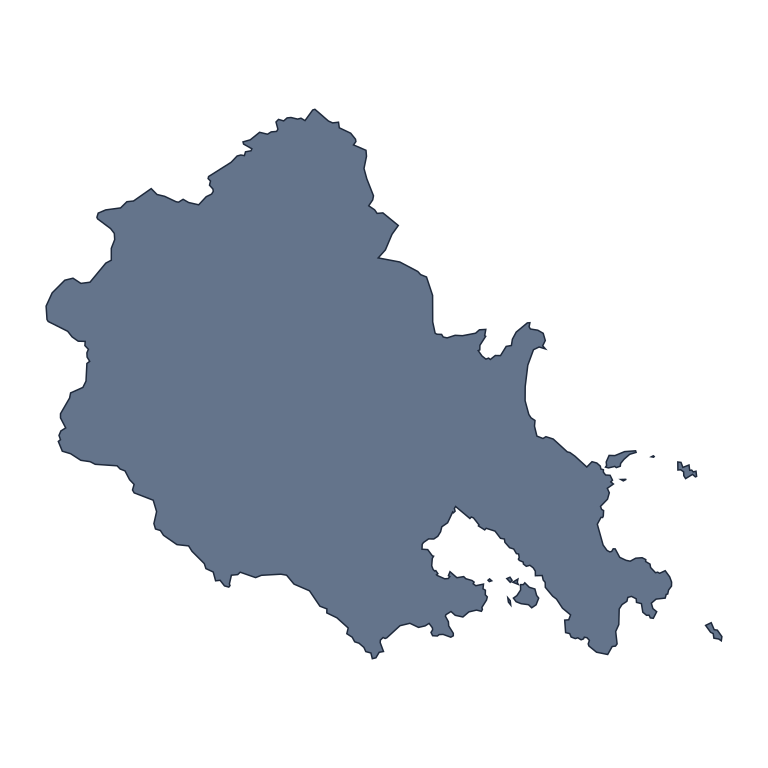 outline of Ninh Hoa, Khánh Hòa, Vietnam
{"feature_id": "81297802B58839501230111", "entity_name": "Ninh Hoa", "entity_type": "district", "adm_level": 2, "iso_a3": "VNM", "parent_name": "Vietnam", "parent_adm1": "Khánh Hòa", "projection": "albers", "projection_center": [109.187, 12.544], "detail": "fine", "context": "isolated", "style": "filled", "palette": "slate", "viewbox_px": 768, "rotation_deg": 0, "n_neighbors": 0, "source": "geoboundaries", "source_scale": "gbopen_adm2", "svg_char_len": 6105}
<svg xmlns="http://www.w3.org/2000/svg" viewBox="0 0 768 768"><path d="M372.3,658.7L375.9,657.8L379.2,652.3L383.5,651.5L380.2,642.6L380.4,640.1L383.1,637.5L385.1,638.5L386.8,637.8L400.0,625.7L409.9,623.3L418.5,627.4L425.1,625.9L429.1,623.4L432.4,627.8L432.6,629.9L431.0,632.4L432.6,635.7L437.4,636.0L439.1,634.6L443.1,634.4L450.8,637.2L453.3,635.8L453.3,633.3L448.7,625.9L448.4,621.7L445.4,616.2L445.9,614.7L451.0,611.5L455.2,615.3L462.9,617.0L468.9,611.9L476.5,610.1L481.4,611.3L482.4,609.5L481.9,607.4L486.5,600.1L487.3,596.9L485.3,594.8L485.4,590.2L483.0,588.8L483.5,584.1L475.8,585.7L473.2,583.8L474.1,582.1L472.0,580.5L465.8,578.7L463.7,576.6L456.9,577.7L450.0,571.7L448.4,575.7L449.8,576.6L448.3,578.5L444.7,578.8L437.3,575.5L436.5,574.8L437.9,573.7L435.8,570.6L434.7,571.0L433.1,569.5L431.7,565.8L432.3,558.4L433.6,556.2L432.3,555.8L427.7,549.6L422.0,549.2L422.2,544.3L423.5,542.5L428.6,538.9L433.8,539.0L437.8,536.3L440.6,531.7L441.8,526.8L447.6,522.8L452.7,512.0L453.4,512.8L455.1,511.2L454.4,508.4L455.6,506.5L469.9,518.5L471.3,517.0L473.5,517.9L479.0,524.9L478.4,525.9L484.7,529.9L486.2,528.3L495.0,531.1L500.5,538.3L504.4,539.0L504.9,542.3L509.6,547.7L513.7,549.0L516.4,553.6L518.6,554.0L519.2,557.4L518.4,559.1L519.3,560.4L523.2,562.1L523.4,564.0L526.3,566.3L529.9,565.3L533.2,567.8L535.3,571.1L535.4,575.7L542.2,575.5L543.2,580.0L545.2,582.4L545.3,587.3L552.6,596.1L556.5,599.1L562.5,608.2L570.6,614.9L568.7,619.8L564.7,620.1L565.6,632.6L569.7,633.6L571.1,637.0L575.3,638.6L577.8,637.8L581.1,639.8L583.5,638.9L584.3,637.2L587.0,637.7L589.4,640.4L588.2,643.9L588.9,646.0L596.5,652.2L607.7,654.5L612.2,646.5L615.5,646.1L617.1,643.9L615.7,631.5L618.8,624.6L619.2,609.0L622.0,604.6L626.9,601.3L627.8,597.4L631.5,596.4L636.2,598.8L636.5,602.4L641.4,603.6L642.8,612.2L646.5,615.3L649.1,615.2L650.3,617.9L653.3,618.3L656.7,611.7L652.9,608.6L651.3,603.2L656.1,599.1L665.2,598.1L666.2,594.4L667.7,594.0L668.6,590.0L671.5,586.1L671.6,582.1L669.7,576.9L665.2,570.7L659.6,573.3L657.7,572.2L655.5,572.7L650.6,567.5L650.0,564.1L645.6,561.5L645.8,559.6L642.1,557.7L635.7,558.2L630.2,561.2L626.0,560.3L619.7,557.3L615.2,548.9L613.2,548.8L611.7,551.4L609.8,551.9L607.0,550.4L603.1,545.0L597.3,524.2L601.0,517.4L602.6,517.5L603.3,516.0L603.6,510.6L601.6,509.4L600.5,506.4L607.5,499.2L609.3,492.8L607.3,488.3L613.4,484.0L610.8,481.9L612.5,480.2L610.1,475.3L605.6,475.0L603.4,472.2L603.4,469.7L600.9,469.0L600.3,466.1L596.8,463.0L592.0,461.7L586.8,467.0L575.0,456.2L569.9,452.5L567.3,451.9L553.2,439.0L545.9,436.7L543.0,438.5L536.9,436.1L534.5,426.2L535.0,420.5L531.0,417.8L528.8,414.4L525.1,400.7L525.2,386.6L527.8,365.2L533.5,349.7L539.1,347.0L545.4,348.9L542.7,345.8L545.3,340.5L543.2,333.3L537.8,330.2L530.4,329.0L529.1,326.8L529.9,322.7L527.3,322.9L516.2,332.1L512.4,339.2L511.4,345.5L506.2,346.4L500.5,355.6L495.3,355.5L490.3,359.5L488.6,358.1L485.9,359.1L482.0,356.0L478.2,350.6L479.8,349.9L479.9,345.3L485.7,336.3L484.7,335.7L485.8,329.4L479.4,329.8L475.6,333.2L462.5,335.7L455.1,335.3L447.1,337.9L443.2,337.0L441.6,334.4L436.7,334.2L435.1,333.1L432.7,321.9L432.6,295.4L426.5,277.0L420.6,274.6L417.8,271.5L399.8,262.0L378.2,257.9L385.4,249.9L392.0,234.3L398.3,225.5L382.9,212.9L377.1,213.4L374.6,209.8L368.7,205.8L372.7,199.9L373.5,195.8L366.8,178.8L364.0,168.5L366.5,156.3L366.0,150.3L353.5,144.9L355.9,141.6L355.5,139.2L350.7,133.2L339.3,127.8L338.5,122.2L332.6,122.9L328.4,121.0L314.9,109.3L312.7,110.0L305.0,120.6L301.0,118.2L297.6,119.1L291.0,117.5L287.1,117.9L283.7,120.9L278.5,119.4L276.0,122.0L277.9,129.2L276.6,131.4L271.2,131.9L267.5,134.2L259.6,132.3L250.3,139.8L243.0,141.9L243.6,144.1L251.9,148.8L251.0,150.8L245.5,151.8L244.4,155.6L240.8,155.0L237.1,156.0L231.1,162.3L208.6,176.5L208.1,178.6L210.5,181.0L209.5,185.2L212.9,189.0L213.3,191.3L211.6,194.1L206.2,196.7L198.7,204.8L188.6,202.5L183.1,199.3L178.5,202.2L176.0,201.7L164.6,196.3L157.0,194.5L151.2,188.6L133.5,201.0L126.9,201.7L120.6,207.9L105.7,209.9L98.2,213.1L96.9,217.3L97.6,218.9L110.6,228.6L114.3,233.4L114.7,239.6L111.3,248.3L111.3,260.2L105.8,263.1L90.0,282.2L80.9,283.4L73.0,278.2L64.8,280.2L52.2,292.8L46.1,306.1L47.0,319.5L48.2,321.5L67.7,331.3L72.1,336.9L78.2,341.2L85.2,341.4L84.9,345.6L88.4,349.3L86.9,352.8L87.1,357.1L89.7,361.3L86.9,363.5L86.0,381.1L82.9,387.4L70.6,392.9L69.6,398.0L60.5,413.7L60.5,417.9L65.7,427.9L60.9,430.9L59.0,435.4L60.5,439.7L58.3,441.4L62.3,451.2L70.6,453.7L80.8,460.3L90.2,461.7L95.2,464.3L117.1,465.8L120.1,469.0L125.0,470.9L129.6,479.7L134.1,484.4L132.5,490.0L134.2,492.9L153.2,500.2L156.6,511.6L153.9,523.6L155.5,529.0L160.4,530.5L163.5,535.3L176.9,544.6L188.6,545.9L192.0,551.3L204.3,563.6L205.9,568.6L213.2,572.0L215.6,580.8L220.1,580.3L224.5,585.9L228.8,587.1L230.0,585.6L229.4,583.9L231.4,575.2L237.7,574.6L240.2,572.2L255.6,577.6L261.4,575.3L280.9,574.2L286.6,575.2L294.0,584.1L309.5,590.8L319.9,606.2L326.9,608.9L326.8,612.9L336.9,617.8L348.2,628.0L346.8,633.7L352.2,637.2L354.7,641.8L359.0,643.2L363.9,647.4L365.8,651.6L370.9,653.0L372.3,658.7ZM529.3,587.3L524.8,582.8L523.4,584.6L520.5,584.6L520.6,590.0L516.9,595.6L513.4,598.1L516.1,601.7L521.1,603.7L528.5,604.7L531.7,607.8L536.1,604.8L538.7,598.1L536.6,595.4L534.9,589.0L529.3,587.3ZM635.6,450.8L624.6,451.6L614.9,455.6L609.1,455.4L606.2,462.0L606.6,465.5L605.5,467.1L608.5,467.9L614.8,466.4L616.3,467.6L620.3,466.2L620.6,463.5L624.0,459.3L629.7,454.3L636.1,452.4L635.6,450.8ZM682.9,467.4L681.0,462.4L677.8,462.0L677.9,470.0L680.7,469.8L683.6,471.8L683.8,475.7L685.6,478.6L692.5,474.4L695.4,476.9L696.6,476.4L696.0,471.2L693.2,471.9L691.7,470.1L689.7,470.3L689.0,465.0L682.9,467.4ZM714.2,629.7L711.2,622.7L705.6,625.4L710.6,632.3L713.2,633.6L713.9,638.2L718.7,639.0L721.3,640.8L721.9,636.6L717.3,630.1L714.2,629.7ZM510.0,577.2L506.8,578.6L510.2,582.3L512.1,580.3L510.0,577.2ZM517.3,582.3L517.9,579.1L512.7,582.2L518.2,584.4L517.3,582.3ZM510.7,605.0L510.2,600.6L507.8,597.8L508.4,602.1L510.7,605.0ZM491.7,580.8L489.6,578.9L488.0,580.2L489.3,581.6L491.7,580.8ZM623.3,480.9L626.3,479.3L620.9,479.5L623.3,480.9ZM654.2,456.5L653.3,455.8L651.4,456.8L653.6,457.2L654.2,456.5Z" fill="#64748b" stroke="#1e293b" stroke-width="1.5"/></svg>